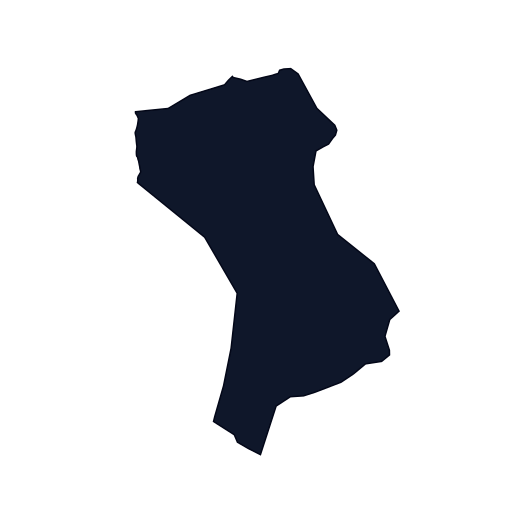 outline of Goodlands, Castries, Saint Lucia, rotated 16°
{"feature_id": "8701671B71229429215357", "entity_name": "Goodlands", "entity_type": "district", "adm_level": 2, "iso_a3": "LCA", "parent_name": "Saint Lucia", "parent_adm1": "Castries", "projection": "albers", "projection_center": [-61.0, 13.991], "detail": "fine", "context": "isolated", "style": "filled", "palette": "ink", "viewbox_px": 512, "rotation_deg": 16, "n_neighbors": 0, "source": "geoboundaries", "source_scale": "gbopen_adm2", "svg_char_len": 1356}
<svg xmlns="http://www.w3.org/2000/svg" viewBox="0 0 512 512"><g transform="rotate(16 256 256)"><path d="M315.0,445.7L316.7,394.7L327.8,381.8L340.3,377.3L350.6,370.4L372.6,353.8L382.2,342.4L391.0,329.5L405.8,322.7L411.6,314.3L410.2,309.8L402.1,297.7L402.1,280.2L408.3,270.2L408.7,269.6L371.9,230.9L328.5,212.8L292.3,171.5L286.2,154.4L284.7,138.5L290.4,132.6L294.9,128.4L297.2,121.8L299.0,117.9L299.0,112.8L295.7,108.6L273.8,97.3L246.3,69.4L237.7,66.3L231.2,68.6L227.5,70.9L227.1,74.4L224.5,76.0L221.8,77.9L214.7,81.8L199.2,90.7L192.5,90.3L184.9,90.7L183.8,89.9L181.1,94.6L178.6,100.1L148.4,119.7L130.9,138.4L100.4,150.5L100.7,151.7L101.7,152.7L102.9,153.6L104.3,155.3L105.0,156.1L105.4,158.2L105.6,159.7L105.8,161.2L106.0,162.9L106.1,165.4L106.1,167.1L106.0,168.6L105.8,170.3L106.0,171.2L106.7,172.7L107.7,174.5L108.4,176.3L109.3,178.7L110.5,181.6L111.2,183.1L111.6,184.8L111.9,186.8L112.2,188.6L112.8,190.6L113.3,192.0L113.8,192.9L114.5,193.4L115.1,193.9L115.8,195.4L117.0,197.1L117.7,198.5L118.6,200.3L119.7,202.4L120.4,204.1L120.7,204.6L121.4,205.7L121.9,206.7L122.0,207.4L121.7,208.5L121.2,210.5L120.9,211.6L120.8,212.6L120.9,214.2L121.3,215.2L121.7,216.9L121.8,218.1L201.5,252.1L248.2,297.0L257.5,351.5L260.6,389.9L260.6,422.0L260.8,426.8L284.4,433.8L289.5,440.1L301.9,443.2L315.0,445.7Z" fill="#0f172a" stroke="#020617" stroke-width="1.5"/></g></svg>